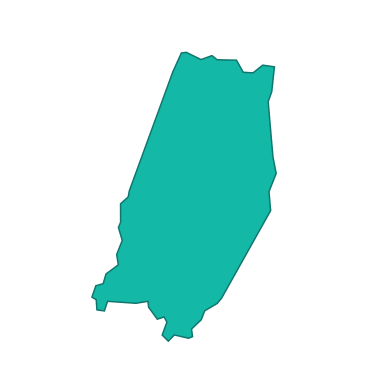 Madison, Texas, United States of America (Natural Earth projection), rotated 120°
{"feature_id": "52423323B16147855559492", "entity_name": "Madison", "entity_type": "district", "adm_level": 2, "iso_a3": "USA", "parent_name": "United States of America", "parent_adm1": "Texas", "projection": "natural_earth1", "projection_center": [-95.854, 30.959], "detail": "fine", "context": "isolated", "style": "filled", "palette": "teal", "viewbox_px": 384, "rotation_deg": 120, "n_neighbors": 0, "source": "geoboundaries", "source_scale": "gbopen_adm2", "svg_char_len": 758}
<svg xmlns="http://www.w3.org/2000/svg" viewBox="0 0 384 384"><g transform="rotate(120 192 192)"><path d="M269.1,113.3L168.8,114.6L153.2,125.5L133.8,128.4L121.2,139.4L75.7,171.2L65.2,173.1L42.4,183.2L46.8,194.2L58.3,198.7L62.7,207.5L55.6,219.4L64.9,236.3L63.9,242.9L72.8,250.4L73.9,266.8L76.9,270.7L97.4,268.7L222.2,246.9L228.2,244.8L237.9,248.0L253.9,238.7L259.5,238.0L268.8,228.2L283.8,226.0L291.9,219.4L306.0,225.5L315.8,223.1L321.3,228.4L333.1,226.1L333.2,221.1L341.6,215.4L338.8,208.4L328.9,210.5L316.4,184.9L308.7,175.5L313.5,171.9L319.5,158.5L314.2,153.7L317.2,148.7L330.8,146.3L333.0,137.9L324.6,135.8L320.4,121.9L317.0,119.2L310.9,123.9L298.0,120.1L288.6,121.6L275.8,114.4L269.1,113.3Z" fill="#14b8a6" stroke="#0f766e" stroke-width="1.5"/></g></svg>